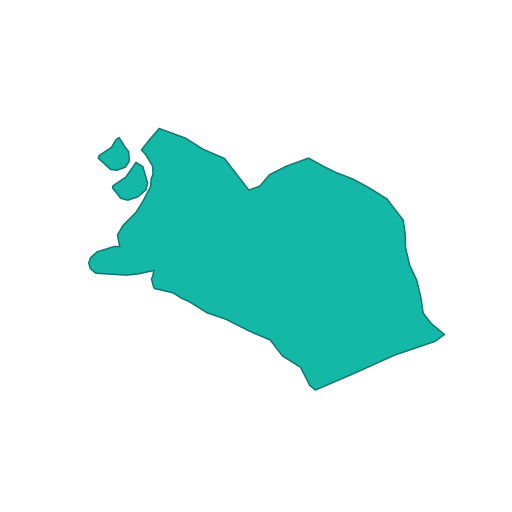 Yomju, P'yŏngan-bukto, North Korea, rotated 52°
{"feature_id": "82179303B57222251804338", "entity_name": "Yomju", "entity_type": "district", "adm_level": 2, "iso_a3": "PRK", "parent_name": "North Korea", "parent_adm1": "P'yŏngan-bukto", "projection": "equal_earth", "projection_center": [124.46, 39.9], "detail": "fine", "context": "isolated", "style": "filled", "palette": "teal", "viewbox_px": 512, "rotation_deg": 52, "n_neighbors": 0, "source": "geoboundaries", "source_scale": "gbopen_adm2", "svg_char_len": 1217}
<svg xmlns="http://www.w3.org/2000/svg" viewBox="0 0 512 512"><g transform="rotate(52 256 256)"><path d="M398.1,291.8L408.5,252.5L419.4,207.9L433.6,167.1L433.8,155.9L417.1,159.5L403.8,159.4L390.7,151.9L374.2,144.3L357.7,140.5L341.3,132.9L331.4,125.4L318.3,117.9L291.7,117.7L271.6,125.0L254.9,132.3L239.6,141.5L226.1,148.0L211.2,154.3L207.6,165.4L204.0,176.5L200.3,195.1L203.3,210.0L199.7,221.1L183.1,221.0L159.8,220.8L139.7,231.8L119.5,239.1L95.9,253.8L98.9,268.8L101.9,281.0L108.3,280.5L121.3,282.1L128.2,286.8L130.8,291.3L136.4,296.3L143.6,312.3L147.7,323.6L150.1,342.2L154.2,352.3L164.8,357.6L161.4,361.5L154.9,378.6L155.4,387.3L158.5,392.1L163.7,394.3L171.0,392.8L191.1,370.1L197.8,359.5L204.5,345.4L208.3,349.8L209.5,352.3L217.0,355.7L219.2,356.0L233.7,344.2L243.7,340.6L250.4,336.9L270.6,329.6L287.4,318.6L310.9,307.6L331.1,296.5L351.1,296.7L371.2,289.4L391.1,293.3L398.1,291.8ZM127.3,327.1L133.1,322.6L136.6,312.8L136.1,302.1L131.9,296.5L116.0,290.2L108.4,292.9L113.7,310.1L112.6,325.4L114.1,327.2L127.3,327.1ZM98.2,317.3L102.7,313.0L105.6,304.2L103.2,297.4L95.4,292.1L89.7,292.1L78.5,291.0L78.2,294.7L81.4,303.0L80.3,317.7L81.8,320.1L98.2,317.3Z" fill="#14b8a6" stroke="#0f766e" stroke-width="1.5"/></g></svg>